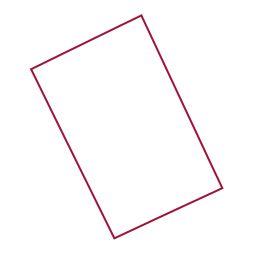 the district of Rancul, La Pampa, Argentina, rotated 334°
{"feature_id": "61730980B63706771284544", "entity_name": "Rancul", "entity_type": "district", "adm_level": 2, "iso_a3": "ARG", "parent_name": "Argentina", "parent_adm1": "La Pampa", "projection": "albers", "projection_center": [-64.79, -35.405], "detail": "fine", "context": "isolated", "style": "outline", "palette": "rose", "viewbox_px": 256, "rotation_deg": 334, "n_neighbors": 0, "source": "geoboundaries", "source_scale": "gbopen_adm2", "svg_char_len": 435}
<svg xmlns="http://www.w3.org/2000/svg" viewBox="0 0 256 256"><g transform="rotate(334 128 128)"><path d="M67.4,221.2L69.6,221.2L110.8,221.9L111.0,221.9L143.2,222.5L186.4,223.4L186.6,212.8L186.6,209.0L186.8,193.8L187.5,152.6L187.7,138.5L188.3,98.9L189.0,55.9L189.3,35.3L189.4,32.7L188.6,32.7L166.5,32.6L101.8,32.6L66.6,32.7L66.6,32.8L66.7,34.4L66.8,85.3L66.9,109.9L67.4,221.2Z" fill="none" stroke="#9f1239" stroke-width="2"/></g></svg>